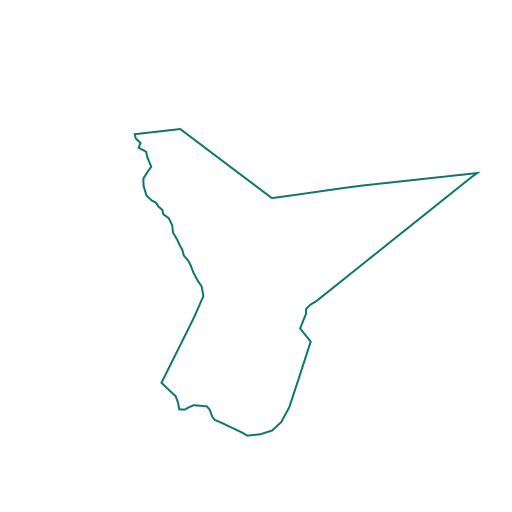 Saloá, Pernambuco, Brazil (Mercator projection), rotated 116°
{"feature_id": "56859067B37228111715524", "entity_name": "Saloá", "entity_type": "district", "adm_level": 2, "iso_a3": "BRA", "parent_name": "Brazil", "parent_adm1": "Pernambuco", "projection": "mercator", "projection_center": [-36.716, -9.001], "detail": "fine", "context": "isolated", "style": "outline", "palette": "teal", "viewbox_px": 512, "rotation_deg": 116, "n_neighbors": 0, "source": "geoboundaries", "source_scale": "gbopen_adm2", "svg_char_len": 1002}
<svg xmlns="http://www.w3.org/2000/svg" viewBox="0 0 512 512"><g transform="rotate(116 256 256)"><path d="M337.7,284.8L344.6,284.8L411.4,285.4L414.0,277.5L417.2,266.8L422.0,261.8L427.5,257.7L425.3,252.7L421.4,250.0L417.4,246.6L412.7,234.3L414.3,230.4L419.7,224.8L421.4,221.0L421.0,213.0L420.8,190.7L421.3,185.2L414.3,173.9L405.8,165.0L399.2,162.5L394.3,160.5L381.9,160.0L377.3,159.8L348.7,163.7L309.0,169.3L303.6,180.7L301.8,184.6L286.3,185.7L281.7,187.8L275.8,185.7L269.7,181.8L91.5,97.3L84.5,93.6L145.8,190.9L159.3,211.3L186.3,251.1L191.8,259.3L197.0,267.1L186.9,319.3L175.1,379.8L199.7,418.4L203.0,415.7L205.1,409.3L210.2,408.9L210.5,400.5L214.5,397.3L221.7,389.3L227.7,390.3L235.8,391.2L242.4,387.7L249.7,380.9L251.8,374.1L252.0,369.1L254.3,365.4L255.6,360.4L259.2,357.5L260.3,350.9L265.1,344.8L271.3,340.9L275.8,334.1L279.6,329.5L283.0,324.7L287.2,321.1L290.0,314.7L293.0,310.7L298.5,304.8L303.8,297.5L307.2,291.5L315.1,285.7L337.7,284.8Z" fill="none" stroke="#0f766e" stroke-width="2"/></g></svg>